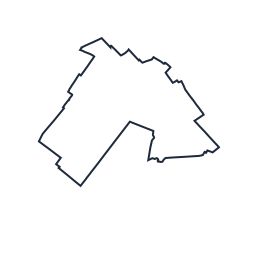 outline of Gugesti, Vrancea, Romania, rotated 126°
{"feature_id": "2599482B37813268107043", "entity_name": "Gugesti", "entity_type": "district", "adm_level": 2, "iso_a3": "ROU", "parent_name": "Romania", "parent_adm1": "Vrancea", "projection": "albers", "projection_center": [27.148, 45.569], "detail": "fine", "context": "isolated", "style": "outline", "palette": "slate", "viewbox_px": 256, "rotation_deg": 126, "n_neighbors": 0, "source": "geoboundaries", "source_scale": "gbopen_adm2", "svg_char_len": 4297}
<svg xmlns="http://www.w3.org/2000/svg" viewBox="0 0 256 256"><g transform="rotate(126 128 128)"><path d="M199.5,164.9L199.6,161.9L199.6,160.5L201.1,160.6L201.3,157.0L201.7,149.2L202.3,139.6L202.7,132.4L199.7,132.3L197.4,132.2L195.3,132.1L192.5,132.1L189.7,132.0L187.9,131.9L184.8,131.9L181.0,131.7L180.5,131.7L177.4,131.6L173.8,131.5L163.2,131.3L155.7,131.1L140.0,130.7L121.8,130.2L119.2,120.0L115.6,106.2L115.5,105.8L117.0,104.8L117.4,104.6L118.0,104.4L118.6,104.1L119.1,103.6L119.7,102.4L120.2,101.4L120.5,101.2L120.8,101.1L121.4,101.2L124.0,101.3L130.3,98.6L142.1,92.7L138.2,90.6L137.9,89.7L137.6,89.4L137.5,89.1L137.5,88.8L137.5,88.4L137.3,88.0L137.0,87.9L136.5,87.7L135.6,87.2L135.5,86.8L135.4,86.3L135.4,85.8L135.7,85.5L135.8,85.3L135.9,84.9L136.0,84.8L136.3,85.0L136.8,84.8L137.1,84.6L137.4,84.4L137.5,84.2L137.5,83.8L137.2,83.3L136.8,82.9L136.7,82.7L136.5,82.2L136.4,81.9L136.2,81.5L136.0,81.4L135.8,81.2L135.7,81.0L135.0,80.3L132.4,80.5L130.2,80.0L127.6,76.9L126.5,75.6L122.9,71.2L120.1,67.8L117.5,64.6L114.0,60.4L111.7,57.6L109.8,55.3L108.8,54.1L107.8,53.2L107.1,52.5L106.5,52.2L106.0,51.6L102.2,51.9L102.0,51.3L102.2,50.3L101.6,50.3L99.5,50.6L98.0,45.2L96.5,44.8L94.7,44.3L90.7,43.2L90.1,43.1L89.4,46.4L89.1,48.1L88.2,52.7L87.1,58.0L86.3,61.8L85.5,65.8L84.8,69.7L84.5,71.5L83.8,74.7L83.1,78.4L81.4,77.8L79.5,77.1L77.6,76.4L76.0,75.8L74.7,75.3L74.0,75.1L73.2,74.8L73.0,74.7L72.8,74.6L72.7,74.7L72.5,75.1L72.3,75.5L71.7,77.1L71.6,77.6L71.5,78.1L71.2,79.0L70.6,80.9L70.5,81.2L70.0,82.6L70.0,82.9L69.6,84.1L69.5,84.4L69.5,84.6L69.3,85.1L69.2,85.7L68.9,86.6L68.4,88.1L68.2,88.6L67.5,90.6L67.1,91.7L67.0,92.2L67.1,92.5L66.9,93.0L66.7,93.3L66.6,93.6L66.5,94.0L66.3,94.5L66.3,94.9L66.1,95.5L66.0,96.0L65.8,96.4L65.3,98.2L65.1,98.7L64.7,100.0L64.0,101.9L64.0,102.0L63.7,103.1L63.4,103.8L63.3,104.2L62.6,105.4L62.5,105.5L61.7,106.9L61.5,107.2L60.8,108.3L60.5,108.9L60.1,109.6L59.9,110.0L59.8,110.3L59.4,111.1L58.8,112.1L58.7,112.3L59.3,112.7L60.0,113.1L61.3,113.9L61.3,114.0L61.2,114.6L60.9,115.4L60.9,115.8L60.7,116.4L61.2,116.6L62.1,116.9L63.0,117.3L63.7,117.6L64.7,118.1L65.1,118.3L65.0,118.6L64.8,119.4L64.0,121.5L63.3,123.7L62.8,125.3L62.0,127.7L61.1,130.1L56.7,129.6L53.9,129.4L53.7,130.7L53.5,132.1L53.5,132.3L53.4,133.5L53.4,134.2L53.3,135.4L53.6,135.5L53.6,136.4L54.2,136.4L54.2,136.5L54.7,136.5L54.9,136.7L54.9,136.9L55.0,137.1L54.9,137.2L55.0,137.4L55.0,137.6L55.0,137.8L55.0,138.1L55.0,138.7L54.9,139.2L54.9,139.5L54.9,139.8L54.9,140.2L55.0,141.3L55.1,142.2L55.1,142.9L55.1,143.1L55.2,143.4L55.3,144.1L55.3,144.4L55.4,145.0L55.4,145.5L55.5,146.1L55.5,146.9L55.6,147.6L55.6,148.4L55.8,148.5L55.8,149.0L56.1,149.0L57.5,149.0L58.2,149.0L58.3,149.1L58.7,149.1L60.9,150.7L61.5,151.2L63.3,152.5L63.8,152.8L65.2,153.7L66.6,154.6L66.7,154.8L66.6,155.3L66.6,155.9L66.1,158.4L66.0,158.9L67.0,159.0L66.0,164.1L64.1,173.6L64.9,173.5L65.6,173.6L66.6,173.8L67.4,174.0L68.5,174.2L69.5,174.5L70.5,174.9L71.0,175.2L71.8,175.5L73.5,176.4L73.6,176.7L73.5,176.9L73.3,177.6L73.3,178.0L73.2,178.5L73.1,179.1L72.9,179.8L72.8,180.4L72.8,181.1L72.7,181.5L72.5,182.7L72.2,184.0L72.0,185.9L71.4,189.5L71.4,190.1L71.8,190.3L72.7,190.0L73.1,189.7L71.7,197.3L70.8,202.1L75.3,204.6L79.4,206.9L79.8,207.1L80.8,207.7L81.8,208.3L84.3,209.7L85.6,210.5L87.0,211.2L90.1,212.9L90.2,212.7L91.2,212.7L93.0,212.6L92.7,211.8L92.5,211.1L92.2,209.8L92.1,209.4L92.1,209.1L91.9,207.9L91.2,205.2L90.8,203.8L90.5,202.4L90.2,201.4L90.2,200.8L90.1,199.9L90.0,199.0L90.0,198.1L90.0,197.4L91.0,197.3L92.9,197.2L95.7,197.2L96.5,197.2L99.8,197.1L102.7,197.0L103.5,197.0L104.5,197.1L106.1,197.0L108.1,197.0L109.7,197.0L113.2,197.0L113.2,199.1L114.4,199.0L115.7,199.0L117.4,198.9L118.5,198.8L120.0,198.7L122.2,198.6L124.2,198.5L125.5,198.5L126.3,198.5L127.3,198.4L128.5,198.3L130.9,198.2L131.7,198.0L133.2,197.8L133.9,197.7L133.9,196.8L133.9,195.3L133.9,194.8L133.8,194.3L133.8,193.9L133.8,192.9L133.9,192.7L134.0,192.6L134.7,192.5L136.0,192.5L137.1,192.6L138.4,192.6L139.0,192.6L139.3,192.6L139.8,192.1L140.0,192.1L140.4,192.2L140.6,192.5L140.8,192.6L141.6,192.6L143.2,192.7L144.3,192.7L145.0,192.8L147.3,192.8L148.6,192.7L149.6,192.7L149.7,191.4L150.0,191.4L159.0,191.9L165.9,192.3L174.4,193.0L182.9,193.6L191.2,192.2L191.3,184.1L191.3,180.5L191.4,176.3L191.6,164.9L199.5,164.9Z" fill="none" stroke="#1e293b" stroke-width="2"/></g></svg>